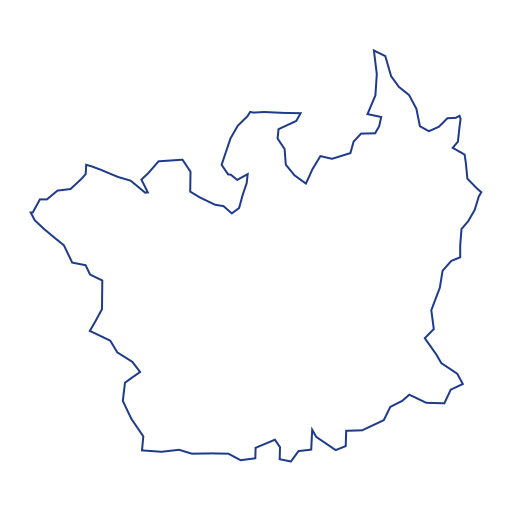 outline of Simou, Paphos, Cyprus
{"feature_id": "46923920B76634226633631", "entity_name": "Simou", "entity_type": "district", "adm_level": 2, "iso_a3": "CYP", "parent_name": "Cyprus", "parent_adm1": "Paphos", "projection": "natural_earth1", "projection_center": [32.5, 34.948], "detail": "fine", "context": "isolated", "style": "outline", "palette": "blue", "viewbox_px": 512, "rotation_deg": 0, "n_neighbors": 0, "source": "geoboundaries", "source_scale": "gbopen_adm2", "svg_char_len": 1877}
<svg xmlns="http://www.w3.org/2000/svg" viewBox="0 0 512 512"><path d="M250.2,111.9L247.4,116.3L237.7,125.8L230.5,138.4L221.6,164.8L228.1,174.4L230.8,174.7L237.2,179.9L247.7,174.1L246.6,183.4L242.6,195.1L239.1,208.0L231.8,213.4L223.5,206.1L214.9,204.7L199.6,197.3L190.2,191.6L190.5,171.7L182.5,159.7L158.6,161.3L148.1,173.3L141.4,179.6L147.8,192.4L145.2,192.7L130.7,180.7L117.8,176.9L100.1,169.5L91.2,166.2L86.2,164.8L85.7,174.0L81.8,178.5L70.6,189.0L57.5,190.6L46.9,199.4L39.9,199.4L32.8,212.4L30.7,212.5L34.7,220.2L44.0,229.0L54.6,237.8L63.9,245.3L72.2,262.6L85.6,265.2L90.1,274.6L102.3,280.5L102.0,309.1L95.3,321.5L89.8,330.9L110.3,340.7L117.3,352.4L132.4,361.9L140.1,372.0L131.7,377.8L125.0,382.7L122.8,400.9L131.4,418.9L143.3,436.4L142.0,450.4L161.8,451.8L163.8,451.5L179.1,449.8L191.9,453.7L212.4,453.4L228.4,453.7L240.6,460.2L255.3,458.3L255.6,447.8L274.9,439.7L280.0,447.2L279.7,459.2L290.9,461.5L298.5,451.1L311.2,449.6L312.2,429.8L316.2,436.9L335.7,450.1L345.7,446.1L346.2,430.8L362.2,430.3L383.8,420.1L390.3,406.9L402.3,400.8L409.3,394.7L426.3,402.8L444.3,403.3L444.4,403.1L450.8,389.6L462.8,384.0L457.3,373.8L441.3,363.1L436.3,354.5L424.8,338.2L433.8,329.0L431.3,310.2L439.8,287.8L442.6,270.7L451.3,260.9L460.2,257.3L460.2,245.3L461.5,229.0L468.2,221.2L474.6,210.1L478.8,196.5L481.3,192.2L476.8,188.3L467.4,178.7L465.8,162.6L464.6,154.6L452.7,147.8L457.9,141.7L459.5,126.9L460.6,118.8L459.5,115.8L455.7,117.9L447.5,118.2L438.8,126.8L428.9,131.2L419.9,126.2L416.4,108.8L409.1,95.1L398.9,86.9L391.1,76.2L385.3,56.1L373.9,50.5L376.8,74.1L375.4,95.4L367.5,114.1L381.2,117.0L379.2,126.2L375.1,133.3L361.1,133.6L353.6,141.6L350.4,153.1L332.0,158.8L320.4,156.1L312.5,169.1L305.9,183.6L294.5,175.3L285.8,164.7L284.6,149.0L277.6,138.6L278.5,129.2L296.3,120.9L300.6,113.2L283.5,112.9L264.3,112.0L253.5,112.6L250.2,111.9Z" fill="none" stroke="#1e3a8a" stroke-width="2"/></svg>